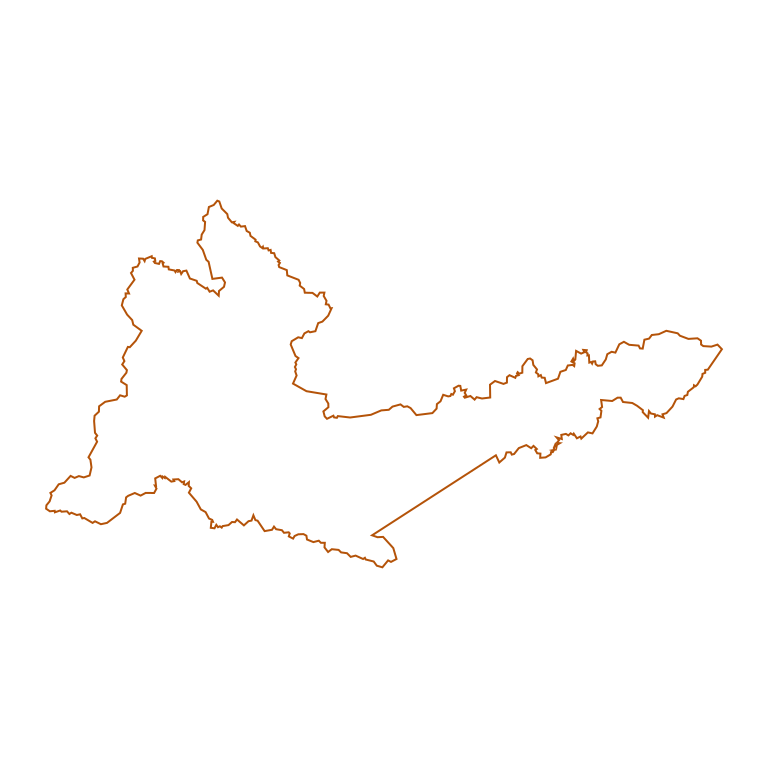 Yolombó, Antioquia, Colombia (Natural Earth projection)
{"feature_id": "7082276B53118394931", "entity_name": "Yolombó", "entity_type": "district", "adm_level": 2, "iso_a3": "COL", "parent_name": "Colombia", "parent_adm1": "Antioquia", "projection": "natural_earth1", "projection_center": [-74.913, 6.668], "detail": "fine", "context": "isolated", "style": "outline", "palette": "amber", "viewbox_px": 768, "rotation_deg": 0, "n_neighbors": 0, "source": "geoboundaries", "source_scale": "gbopen_adm2", "svg_char_len": 6089}
<svg xmlns="http://www.w3.org/2000/svg" viewBox="0 0 768 768"><path d="M396.5,559.0L393.3,548.1L383.1,536.9L377.5,537.2L372.1,535.3L495.9,455.3L499.3,462.5L504.9,457.6L506.5,452.4L510.7,452.3L511.8,454.6L514.1,454.0L518.8,448.1L526.3,445.1L531.2,448.2L533.5,445.9L536.8,449.0L535.3,450.0L537.2,453.3L540.4,453.6L540.2,457.8L545.6,457.4L550.7,454.4L551.1,452.1L552.8,452.1L553.5,450.9L552.1,450.3L555.0,449.7L553.8,448.0L555.2,444.7L556.4,447.4L556.9,444.9L559.8,443.2L556.8,442.9L559.0,440.2L556.6,437.4L561.8,439.0L561.3,434.9L565.9,433.9L568.4,435.4L570.6,433.3L573.2,434.9L573.8,433.7L576.9,438.3L580.5,436.5L581.3,438.6L587.9,432.4L592.5,433.4L596.8,426.5L598.2,421.3L597.4,418.3L600.5,417.4L601.4,410.8L599.6,409.0L602.1,407.0L601.1,400.0L612.2,401.0L617.5,397.7L620.7,397.7L623.0,402.0L632.3,403.0L637.1,405.8L642.9,410.2L642.7,412.1L648.1,417.7L649.0,411.1L650.9,413.5L654.9,414.3L655.0,416.6L657.2,415.2L663.7,417.6L662.5,414.3L666.5,413.1L672.5,406.6L676.1,399.5L678.8,398.3L683.4,399.1L684.6,395.9L687.3,395.0L687.9,391.8L693.8,387.2L694.0,385.3L695.6,386.3L697.4,384.6L702.2,376.7L702.5,373.9L705.2,372.8L705.2,369.9L707.8,369.7L721.9,349.2L717.5,344.6L711.4,346.6L703.3,346.1L701.1,344.5L701.0,340.7L697.5,338.3L688.4,338.9L679.9,335.7L677.7,333.3L666.3,330.8L658.8,334.2L651.8,335.0L649.1,338.6L644.4,339.7L642.7,348.6L640.0,348.4L638.6,345.6L629.2,344.8L623.9,341.8L619.3,344.3L615.4,352.6L611.6,351.8L607.3,354.2L605.8,359.4L601.8,365.4L597.8,365.8L595.7,364.2L595.2,361.3L592.9,361.5L592.1,363.6L591.1,362.0L589.3,362.6L588.9,355.3L587.4,355.5L587.6,353.4L586.0,352.3L586.7,350.2L583.3,349.9L584.4,352.2L581.1,353.6L576.1,350.9L575.3,359.5L573.9,361.1L573.1,358.6L571.4,361.5L574.6,363.3L574.2,366.1L572.6,364.9L567.8,365.5L565.8,370.0L560.4,371.8L558.0,378.7L546.0,383.1L544.7,377.8L541.7,377.6L540.8,375.1L538.4,376.3L538.2,374.2L535.9,372.5L537.0,369.4L533.3,364.9L532.6,360.3L530.1,358.5L527.7,359.0L522.4,366.2L522.3,372.7L519.2,373.7L517.7,372.2L517.0,373.4L518.5,375.2L516.0,375.9L515.3,377.8L509.5,375.2L507.0,377.2L506.9,382.6L503.5,383.9L495.0,381.0L490.0,384.7L490.2,397.5L482.0,398.5L476.6,397.2L474.6,399.6L470.4,396.0L464.8,397.7L464.0,396.7L466.2,395.3L464.7,392.9L466.2,389.6L461.2,390.6L460.3,385.9L458.6,385.7L453.9,388.3L454.9,391.2L452.9,394.7L451.3,394.0L450.4,396.0L448.2,396.4L443.2,394.8L440.5,401.3L436.9,404.1L436.6,408.6L432.4,413.1L416.4,415.1L410.6,408.1L407.3,406.3L403.8,406.9L400.5,404.4L392.5,406.6L388.8,409.8L381.3,410.4L370.9,414.8L350.1,417.5L337.8,416.1L336.9,417.8L334.1,417.4L333.4,415.7L327.0,418.8L324.7,416.4L323.4,411.4L328.4,407.2L328.3,403.5L325.5,399.0L326.4,394.5L306.5,391.2L293.0,383.6L296.6,375.5L295.2,371.4L296.0,369.2L294.9,367.0L296.3,364.4L295.4,362.5L298.5,358.1L295.5,356.0L290.7,344.5L291.7,341.2L298.2,337.3L301.9,338.1L304.4,333.4L308.4,331.2L310.0,332.3L315.4,331.2L318.2,323.1L322.4,321.6L328.2,315.7L331.6,308.2L330.4,308.3L328.6,304.6L325.8,304.3L326.5,300.8L323.7,296.0L324.4,292.6L319.8,292.6L317.3,296.5L312.5,292.9L304.8,292.7L304.1,289.0L299.7,285.6L300.2,283.0L298.6,279.8L287.3,275.4L286.8,270.1L279.2,267.1L278.6,265.0L279.9,262.9L278.1,261.6L279.3,260.5L275.4,257.1L274.2,253.2L271.1,252.9L270.6,249.9L268.6,250.4L267.8,248.2L263.3,248.5L262.9,246.8L262.1,247.9L260.0,246.4L257.9,242.4L255.3,241.3L255.6,239.7L250.5,235.9L249.8,232.7L246.7,231.0L245.0,226.1L240.9,226.6L239.0,224.5L237.8,225.9L233.5,223.0L234.3,221.9L231.8,222.3L228.0,217.7L227.3,214.1L221.7,208.5L219.3,201.5L217.3,200.7L213.7,205.0L208.9,207.0L207.5,214.2L203.2,216.9L203.1,220.4L205.1,221.9L204.5,230.1L201.7,234.6L201.1,239.5L197.8,240.4L197.4,242.7L202.8,249.9L206.3,259.8L208.6,261.8L212.4,278.9L222.0,277.6L225.0,282.4L224.0,286.8L219.0,291.0L218.7,295.7L213.1,290.4L209.6,291.7L207.2,287.8L205.9,288.7L197.3,283.0L196.7,280.8L189.9,278.5L186.4,270.6L183.1,271.2L181.2,274.0L180.1,271.1L178.4,271.6L178.8,270.1L177.0,270.0L175.5,272.1L174.6,270.5L168.8,269.4L168.4,266.8L163.5,266.5L162.6,263.2L163.5,262.7L162.0,261.3L160.2,261.1L159.0,263.9L154.9,263.0L153.9,261.6L155.3,261.0L154.9,258.4L151.9,257.8L151.7,256.2L145.3,258.9L144.6,261.1L143.1,258.7L139.0,258.5L139.6,262.5L137.5,266.5L132.8,267.8L132.9,270.8L131.0,273.0L134.5,279.7L127.3,289.5L129.0,293.5L125.6,293.4L125.8,297.0L123.4,299.2L121.8,305.4L127.1,314.6L132.2,320.1L133.3,324.7L141.7,330.8L135.8,340.7L129.8,347.2L127.9,346.9L122.8,357.5L124.4,361.1L122.2,364.5L126.9,370.1L126.4,372.7L121.5,378.9L121.1,381.6L126.7,385.1L126.9,395.4L124.7,396.7L120.1,395.3L116.8,399.5L105.2,401.8L99.1,406.3L98.9,411.7L94.6,415.7L94.1,421.0L95.0,432.8L97.2,435.6L95.4,438.3L97.1,441.7L88.5,457.3L90.4,459.7L91.5,467.4L89.6,475.5L83.8,477.4L78.9,476.1L74.6,477.9L70.6,475.9L64.4,482.7L58.7,484.3L54.5,490.3L50.4,492.9L51.6,495.4L49.6,501.4L46.4,505.3L46.1,508.7L49.9,511.3L54.7,510.8L54.9,512.3L60.2,510.5L61.5,511.7L67.0,511.3L69.4,514.0L71.4,512.7L76.8,515.0L80.1,514.3L82.3,518.4L84.3,518.0L92.6,522.9L95.0,521.3L100.9,524.2L107.0,522.9L120.1,512.9L122.9,504.4L125.2,503.7L126.1,497.4L128.2,495.8L134.8,493.0L140.6,495.6L145.7,492.9L154.1,493.0L156.5,488.6L154.9,485.6L156.0,485.8L155.2,478.4L160.2,475.8L162.2,477.9L162.5,476.5L164.8,478.0L165.1,476.8L171.3,481.6L174.2,481.1L173.4,479.5L178.4,479.2L182.0,482.3L184.1,481.5L183.7,484.1L185.5,484.9L188.9,482.2L188.7,485.9L191.2,488.3L188.9,492.7L196.6,501.7L200.8,509.4L205.6,512.1L209.0,518.5L212.2,519.9L213.0,521.8L211.4,521.8L210.8,527.8L214.5,528.3L216.3,524.8L218.0,527.2L219.9,526.3L221.7,527.6L222.6,526.1L228.5,525.1L232.0,522.0L235.0,522.2L237.0,519.5L243.9,525.4L248.5,521.2L251.5,520.6L253.4,515.3L255.4,520.1L257.6,520.7L264.6,531.1L272.0,529.8L274.0,526.6L276.1,529.2L281.9,530.2L284.0,532.8L288.7,532.3L289.7,533.4L288.8,536.4L293.1,538.6L294.6,536.0L298.3,534.3L303.5,534.1L306.4,535.7L307.0,539.5L313.4,542.1L318.8,540.7L320.9,542.8L324.8,542.8L324.5,547.4L328.1,552.0L331.8,549.2L338.6,549.9L341.1,552.4L347.0,553.2L350.7,556.9L355.6,555.6L363.1,559.0L364.9,557.8L365.7,559.5L373.7,561.5L376.8,565.7L382.4,567.3L388.1,560.4L391.0,561.9L396.5,559.0Z" fill="none" stroke="#b45309" stroke-width="2"/></svg>